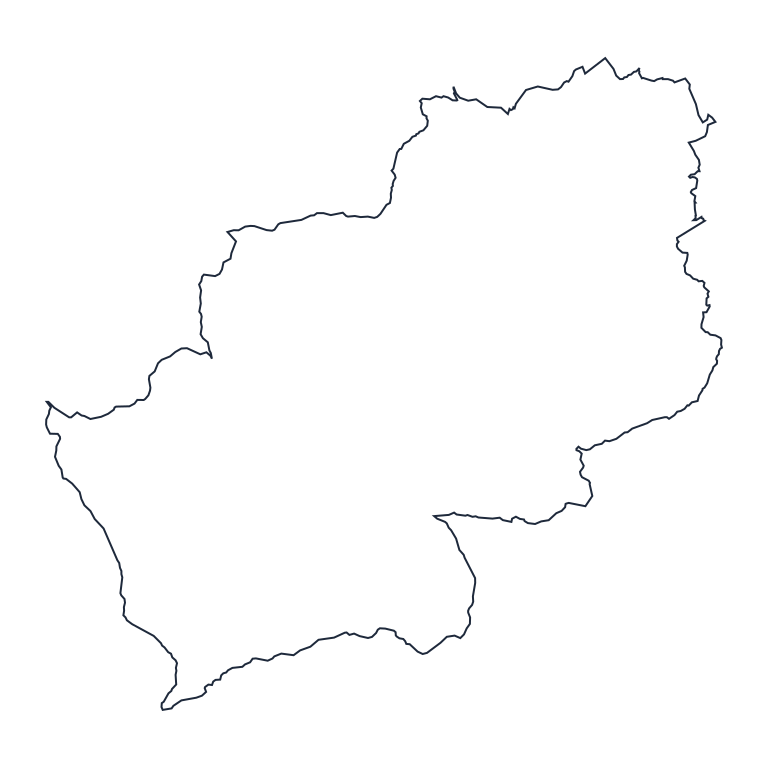 Margau, Cluj, Romania (Mercator projection)
{"feature_id": "2599482B38799369919058", "entity_name": "Margau", "entity_type": "district", "adm_level": 2, "iso_a3": "ROU", "parent_name": "Romania", "parent_adm1": "Cluj", "projection": "mercator", "projection_center": [22.901, 46.714], "detail": "fine", "context": "isolated", "style": "outline", "palette": "slate", "viewbox_px": 768, "rotation_deg": 0, "n_neighbors": 0, "source": "geoboundaries", "source_scale": "gbopen_adm2", "svg_char_len": 6039}
<svg xmlns="http://www.w3.org/2000/svg" viewBox="0 0 768 768"><path d="M585.4,506.2L592.3,496.0L589.6,484.0L590.0,482.9L588.7,480.7L582.0,477.2L580.6,474.7L580.0,471.8L583.1,467.6L583.7,465.7L580.4,459.6L581.7,453.6L579.2,451.2L576.5,450.2L576.4,448.9L578.5,446.7L581.0,448.7L586.3,450.1L589.9,449.3L594.8,445.3L601.8,443.8L605.0,440.6L609.4,441.2L616.4,438.8L624.6,432.5L627.6,432.2L632.2,428.6L647.1,423.2L652.2,420.0L664.8,417.2L666.9,417.2L669.0,418.8L674.5,415.1L677.2,411.7L680.7,411.0L684.6,408.8L687.4,405.3L688.7,405.6L691.9,402.3L697.6,401.0L699.0,395.5L702.4,390.3L702.6,388.8L704.5,387.6L707.2,383.3L709.8,374.6L712.4,370.4L713.3,367.1L716.9,363.7L717.1,360.8L716.2,359.3L716.3,358.2L717.0,356.3L718.8,354.2L719.0,351.0L720.1,348.8L721.9,347.7L721.1,344.6L721.4,340.0L720.6,338.1L715.5,335.4L710.3,334.7L707.7,332.2L705.6,332.1L701.4,327.8L701.5,324.2L703.6,317.1L703.1,312.4L706.5,312.2L709.7,306.5L709.5,305.1L707.2,305.6L706.3,304.7L706.6,298.4L708.4,296.8L707.5,293.7L708.8,291.4L704.3,287.4L703.7,285.9L704.5,282.9L702.3,280.9L698.6,281.3L697.2,279.8L693.2,278.7L690.1,275.4L686.5,273.9L685.1,271.8L684.9,267.3L684.2,265.8L686.7,260.7L687.7,254.6L687.3,252.9L682.5,252.6L678.1,248.8L676.9,246.5L676.9,244.1L678.6,241.8L677.4,240.5L677.0,237.9L704.8,220.8L703.6,220.2L703.2,218.7L701.8,218.2L701.5,216.9L696.3,220.1L693.5,220.2L695.6,218.2L695.5,215.7L695.9,215.5L694.9,209.4L694.6,202.7L695.5,202.6L694.4,201.2L695.3,196.1L691.3,193.2L690.8,192.1L692.0,190.0L696.1,188.1L697.3,180.5L696.9,178.9L694.8,177.4L692.5,177.0L690.2,177.8L689.0,176.6L690.9,174.7L694.6,174.2L697.7,171.2L699.5,171.2L698.4,167.7L699.7,164.7L698.9,159.9L695.3,154.7L693.9,151.0L688.8,142.6L695.7,140.8L705.2,136.2L706.9,132.1L707.9,125.0L715.4,121.9L712.1,117.6L708.3,114.8L707.2,119.6L702.8,122.4L698.5,115.1L695.9,104.1L689.3,88.8L689.8,84.5L685.2,78.5L674.5,82.4L673.0,80.7L667.9,79.1L662.7,79.1L662.5,78.0L657.1,79.4L654.2,81.1L651.5,80.6L643.0,77.9L641.9,78.3L639.1,73.2L639.4,71.5L638.7,70.2L639.5,68.0L636.4,71.4L633.9,71.9L631.0,74.6L628.5,75.0L626.9,77.0L624.3,77.4L623.0,79.0L620.0,79.1L616.2,75.6L613.5,68.9L605.2,58.1L585.1,73.6L582.5,66.8L575.9,69.5L574.1,71.1L572.4,76.1L568.5,81.7L566.8,81.1L564.1,82.5L561.0,87.1L558.0,89.4L552.6,89.8L537.8,86.5L526.0,90.0L515.9,103.8L514.6,108.3L513.4,107.3L512.8,109.2L510.9,110.1L509.5,108.9L507.9,114.0L501.0,107.7L487.3,107.0L476.2,99.3L468.2,100.7L459.8,97.7L456.1,93.4L453.5,86.7L453.5,88.7L454.7,91.8L453.9,93.4L457.0,99.3L457.3,100.2L456.7,100.5L452.6,100.3L448.1,97.5L443.5,96.2L441.5,97.6L436.0,96.2L429.9,99.3L422.4,98.7L419.9,101.0L421.7,103.2L420.8,107.5L422.8,114.3L426.6,116.3L426.5,118.3L427.8,120.7L427.2,125.8L423.4,130.3L419.4,131.8L418.5,133.4L416.3,134.2L415.9,135.6L412.4,136.8L409.3,140.8L403.8,143.8L401.3,148.9L399.7,149.0L397.1,152.6L393.4,168.7L391.6,170.6L394.7,174.6L395.6,177.8L393.6,180.9L392.7,184.0L392.9,185.9L391.4,187.7L391.8,190.0L390.8,193.7L391.0,197.7L389.9,203.0L386.5,204.8L380.4,213.9L377.2,216.9L374.2,217.9L367.8,216.6L360.6,217.1L354.9,216.0L348.0,216.6L346.2,216.0L342.8,212.7L330.8,215.1L323.4,213.1L317.0,213.1L314.1,215.3L310.6,215.6L301.4,219.9L280.4,223.1L278.3,224.3L274.5,229.7L272.1,230.7L266.6,230.1L254.4,226.1L250.5,225.9L245.2,226.6L238.6,230.3L233.7,230.2L227.5,232.0L236.0,241.4L231.4,253.2L230.5,258.7L223.5,262.4L222.0,269.5L219.5,273.9L215.1,276.1L203.9,274.6L202.1,276.7L201.3,281.1L199.1,284.5L201.1,290.4L200.1,297.5L200.8,303.5L199.3,311.7L201.0,313.9L201.7,316.7L200.8,322.1L201.8,326.9L200.6,334.2L202.9,338.2L207.8,342.3L209.4,350.4L210.8,353.0L211.9,358.7L210.5,355.8L206.4,352.3L200.3,354.3L187.0,348.2L181.4,348.5L175.3,352.0L170.1,356.4L161.7,359.8L158.0,363.3L154.7,371.4L149.4,375.9L148.9,379.2L150.4,387.7L150.0,390.7L148.4,395.3L145.2,399.0L143.7,400.0L137.3,399.9L134.5,403.6L129.4,406.3L116.1,406.6L114.6,407.5L113.8,409.7L108.1,413.8L101.1,416.8L90.4,419.0L84.4,416.0L81.6,415.5L77.1,412.4L71.2,417.3L69.1,417.3L54.4,407.8L48.4,401.9L46.8,401.9L50.9,407.3L49.3,410.7L48.9,414.0L46.3,419.5L46.1,424.5L46.8,427.3L50.0,433.7L57.8,433.9L59.9,436.8L60.1,438.8L56.4,446.4L56.3,450.5L55.0,456.8L58.7,465.8L61.4,469.5L62.7,477.5L63.4,478.5L66.1,478.9L72.2,483.6L79.7,492.2L81.4,499.1L84.4,505.3L90.5,511.1L94.7,519.0L103.6,528.5L117.4,560.3L119.2,563.0L120.0,567.9L121.4,571.0L121.4,574.2L122.3,577.3L120.4,593.2L121.3,595.4L124.5,599.0L125.0,602.7L123.9,607.1L124.1,610.7L123.4,615.3L125.5,617.4L126.9,620.3L132.2,624.2L153.7,635.9L161.0,643.2L162.1,645.6L164.5,647.4L168.2,652.2L171.0,653.7L172.3,657.4L175.6,660.3L177.0,663.2L175.9,667.9L176.4,670.8L175.6,674.8L176.2,684.5L172.0,689.0L171.3,691.0L168.5,693.3L163.7,701.8L161.8,703.1L161.5,707.0L162.7,709.9L171.6,708.4L173.4,705.8L181.4,700.4L196.3,697.7L201.9,695.7L206.1,691.9L204.7,688.1L205.1,687.0L208.4,684.6L212.0,685.0L213.2,681.6L215.5,679.9L220.2,679.6L221.2,675.4L223.3,673.3L226.2,672.5L228.0,670.3L232.4,667.9L242.4,666.8L245.0,664.4L250.1,662.3L252.6,658.7L255.9,658.4L267.7,660.7L272.5,658.5L274.3,656.4L281.3,653.6L293.6,655.2L300.1,650.4L310.4,646.7L318.5,639.8L334.1,637.6L344.8,632.7L346.6,632.5L349.4,634.9L354.1,633.6L359.6,636.1L368.0,638.0L372.0,636.9L376.1,633.0L377.8,629.7L379.9,628.3L385.3,628.6L393.9,630.7L395.6,632.2L395.8,635.4L396.7,636.5L399.4,638.3L403.3,639.0L405.2,641.2L406.3,643.9L409.7,644.2L417.6,651.6L422.7,654.0L427.0,652.9L440.5,642.8L446.8,636.8L454.6,635.6L460.3,638.1L464.0,634.4L466.7,628.4L469.9,623.9L470.1,617.4L468.2,612.6L468.1,610.9L469.1,608.4L472.1,604.9L473.2,601.6L472.9,596.4L475.2,582.9L475.1,578.1L464.6,557.7L463.7,554.8L459.4,550.0L456.1,538.6L451.1,530.2L448.7,527.7L446.8,523.4L445.1,521.9L437.2,518.7L434.2,516.1L448.9,514.9L454.1,512.6L456.6,514.5L465.4,515.7L467.5,515.0L472.5,516.8L475.7,516.3L478.4,517.5L492.5,518.6L499.7,517.7L502.8,520.1L511.4,521.9L512.1,518.7L515.9,516.7L519.9,518.9L524.0,519.5L524.6,521.1L527.9,523.1L535.1,524.0L541.2,521.4L548.7,520.2L556.3,513.2L561.6,510.9L565.1,507.2L565.6,503.9L566.2,503.6L568.7,502.9L585.4,506.2Z" fill="none" stroke="#1e293b" stroke-width="2"/></svg>